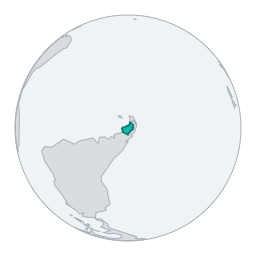 Santa Cruz on an orthographic globe, rotated 210°
{"feature_id": "ARG-1271", "entity_name": "Santa Cruz", "entity_type": "Province", "adm_level": 1, "iso_a3": "ARG", "parent_name": "Argentina", "parent_adm1": "", "projection": "orthographic", "projection_center": [-69.587, -49.195], "detail": "fine", "context": "on_globe", "style": "filled", "palette": "teal", "viewbox_px": 256, "rotation_deg": 210, "n_neighbors": 0, "source": "natural_earth", "source_scale": "10m", "svg_char_len": 5145}
<svg xmlns="http://www.w3.org/2000/svg" viewBox="0 0 256 256"><g transform="rotate(210 128 128)"><circle cx="128" cy="128" r="113" fill="#eef3f6" stroke="#a8b0b8"/><path d="M60.1,38.1L61.7,38.8L58.8,40.2L56.9,40.8L58.6,39.5L58.3,39.5L60.1,38.1ZM123.9,15.4L119.0,15.7L119.6,15.8L118.1,16.0L117.7,15.9L118.2,16.2L108.4,18.4L108.9,20.9L104.2,19.6L99.9,20.4L94.7,21.7L94.6,22.1L87.8,24.0L81.4,27.2L78.7,30.5L80.7,31.9L88.4,29.3L90.8,27.2L96.6,25.3L92.1,30.5L102.0,28.7L100.8,32.7L103.7,34.3L108.7,32.9L113.9,33.3L117.8,30.5L123.8,28.9L123.9,32.3L127.3,29.1L130.7,30.7L142.8,31.3L141.9,32.0L152.1,37.5L163.2,41.9L165.8,45.5L164.5,47.0L168.3,48.7L168.4,50.0L183.6,57.7L191.3,64.9L190.9,70.1L184.4,73.4L178.1,86.1L166.2,87.2L162.9,93.3L153.3,101.9L146.1,99.6L148.0,105.7L143.8,108.6L139.1,108.3L138.1,112.5L134.6,112.3L136.9,115.4L131.2,120.9L132.7,126.0L128.6,131.0L129.7,134.2L128.2,134.1L126.5,135.3L126.4,137.1L121.6,134.3L120.2,127.3L121.9,123.7L119.8,123.3L123.5,114.7L121.2,116.5L121.7,104.7L124.9,95.5L126.9,72.6L124.5,68.6L115.8,64.6L105.4,52.8L108.1,47.6L105.8,45.8L113.3,38.7L111.3,33.9L108.7,33.6L106.1,35.8L97.3,34.6L94.3,32.1L68.3,37.7L65.9,38.0L66.3,36.3L60.3,38.0L67.3,33.1L74.7,28.8L82.4,25.0L90.3,21.8L98.5,19.3L106.9,17.4L115.4,16.1L123.9,15.4ZM108.2,22.1L119.5,22.8L112.9,23.6L114.2,23.1L111.4,22.6L106.0,22.8L100.3,24.3L108.2,22.1ZM113.6,19.6L111.6,19.7L113.6,19.5L113.6,19.6ZM129.6,140.6L122.0,135.4L126.2,137.6L129.1,134.8L133.1,139.0L129.6,140.6ZM138.1,133.8L141.5,132.7L142.4,133.8L140.2,134.7L138.1,133.8ZM229.9,176.0L230.7,172.8L227.3,178.3L227.2,176.1L225.0,178.6L223.0,178.3L221.0,175.7L221.2,166.8L223.8,163.9L227.9,154.6L234.6,136.7L237.4,133.5L238.5,128.4L238.3,112.3L238.6,108.4L237.8,104.3L236.7,101.2L235.6,96.5L234.7,94.2L226.8,82.0L222.7,74.2L213.8,58.5L214.0,56.8L211.0,52.5L211.5,52.4L216.8,58.7L221.6,65.4L226.0,72.4L229.8,79.8L233.1,87.4L235.8,95.2L237.9,103.2L239.4,111.4L240.3,119.6L240.6,127.9L240.3,136.1L239.4,144.4L237.9,152.5L235.8,160.5L233.2,168.3L229.9,176.0ZM143.2,31.3L144.7,32.1L142.7,31.9L143.2,31.3ZM112.0,24.7L114.4,24.5L115.7,24.8L113.8,25.1L112.0,24.7ZM132.6,23.8L135.5,24.2L132.5,24.3L132.6,23.8ZM121.3,22.9L130.4,23.7L124.6,24.5L118.9,24.2L122.9,23.8L121.3,22.9ZM112.3,20.8L113.8,20.7L113.3,21.1L112.3,20.8ZM115.0,19.4L114.4,19.5L113.7,19.4L115.0,19.4ZM177.3,225.5L174.9,226.3L176.4,225.3L177.3,225.5ZM220.4,192.3L219.3,193.8L221.5,190.1L224.2,186.3L225.7,184.1L220.4,192.3ZM53.1,206.8L52.6,205.1L55.8,207.2L60.0,210.3L63.2,213.9L53.1,206.8ZM80.4,228.9L79.8,229.4L75.7,227.1L78.0,227.7L80.4,228.9ZM50.3,204.3L47.4,202.1L45.5,202.0L46.7,201.3L45.3,198.2L51.9,204.0L50.3,204.3ZM65.5,221.7L71.0,224.9L76.7,228.0L77.5,228.6L79.9,229.7L83.3,231.4L83.7,231.6L74.4,227.0L65.5,221.7ZM28.7,181.2L29.0,181.7L28.7,181.2Z" fill="#d9dde1" stroke="#a8b0b8" stroke-width="1"/><path d="M124.9,124.2L125.0,124.1L124.9,124.0L124.8,123.9L124.9,123.7L124.8,123.4L125.0,123.3L125.1,123.2L125.2,122.9L125.1,122.5L125.0,122.3L125.0,122.2L124.8,122.1L125.0,122.0L125.1,121.9L130.7,121.8L130.7,122.0L130.7,122.4L130.8,122.5L130.9,122.9L131.0,123.0L131.3,123.1L131.4,123.3L131.5,123.4L131.6,123.6L131.8,123.8L132.0,123.9L132.3,123.9L132.5,124.0L132.8,123.9L132.9,124.0L133.0,124.0L133.1,124.3L133.2,124.5L133.1,124.8L132.9,125.3L132.7,125.2L132.6,125.3L132.4,125.5L132.2,125.5L132.3,125.5L132.4,125.4L132.5,125.4L132.8,125.3L132.9,125.5L133.0,125.6L132.9,125.7L132.8,125.8L132.8,126.0L132.7,126.0L132.4,126.2L132.3,126.3L132.2,126.3L132.1,126.5L131.8,126.6L131.7,126.7L131.6,126.8L131.4,126.9L131.3,127.0L131.2,127.0L131.1,127.3L130.9,127.4L130.8,127.5L130.6,127.7L130.6,127.9L130.5,128.0L130.4,128.2L130.4,128.3L130.2,128.4L130.3,128.4L130.5,128.2L130.5,128.3L130.4,128.7L130.4,129.0L130.3,129.4L130.2,129.5L129.9,129.8L129.7,129.8L129.5,129.7L129.4,129.6L129.3,129.4L129.2,129.1L129.3,129.3L129.2,129.5L128.9,129.5L128.7,129.6L128.8,129.6L129.0,129.6L129.3,129.5L129.4,129.8L129.5,129.8L129.4,130.0L129.1,130.2L128.9,130.2L128.9,130.3L128.6,130.7L128.6,130.8L128.5,131.0L128.6,131.3L128.4,131.5L128.2,131.6L128.4,131.6L128.5,131.5L128.6,131.9L128.6,132.0L128.8,132.5L128.7,132.7L128.4,132.6L128.2,132.7L128.0,132.8L128.2,132.7L128.3,132.7L128.5,132.8L128.4,132.9L128.5,132.9L128.8,132.8L128.9,133.0L129.0,133.4L129.1,133.5L129.5,134.1L129.4,134.3L129.4,134.2L129.2,134.1L128.9,134.0L128.7,133.9L128.1,133.8L127.6,133.5L125.2,133.5L125.1,133.4L125.0,133.1L124.9,133.1L124.7,133.0L124.7,132.9L124.5,132.7L124.6,132.4L124.6,132.2L124.6,131.9L124.6,131.7L124.7,131.4L124.7,131.2L124.6,130.9L124.4,130.8L124.2,131.0L124.1,130.9L123.9,131.0L123.7,131.1L123.5,130.9L123.4,130.9L123.4,130.7L123.4,130.4L123.3,130.2L123.2,130.1L123.0,129.9L123.1,129.7L123.0,129.4L123.1,129.2L123.4,129.1L123.6,128.8L123.6,128.7L123.5,128.3L123.5,128.2L123.4,128.2L123.5,128.0L123.5,127.9L123.6,127.7L123.8,127.6L124.1,127.3L124.1,127.2L124.1,126.9L124.1,126.7L124.3,126.5L124.4,126.4L124.5,126.4L124.4,126.3L124.4,126.1L124.4,125.9L124.3,125.7L124.2,125.7L124.2,125.4L124.2,125.2L124.3,125.0L124.3,124.9L124.4,124.7L124.5,124.6L124.7,124.4L124.7,124.2L124.8,124.1L124.9,124.2Z" fill="#14b8a6" stroke="#0f766e" stroke-width="1.5"/></g></svg>